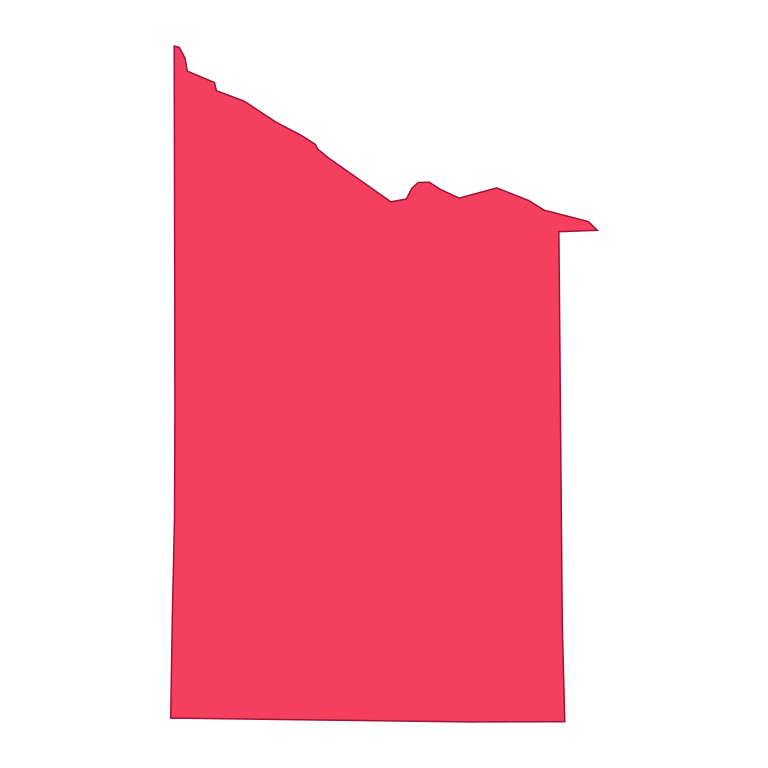 Cheboygan, Michigan, United States of America (Albers equal-area conic projection)
{"feature_id": "52423323B47673888365114", "entity_name": "Cheboygan", "entity_type": "district", "adm_level": 2, "iso_a3": "USA", "parent_name": "United States of America", "parent_adm1": "Michigan", "projection": "albers", "projection_center": [-84.497, 45.493], "detail": "fine", "context": "isolated", "style": "filled", "palette": "rose", "viewbox_px": 768, "rotation_deg": 0, "n_neighbors": 0, "source": "geoboundaries", "source_scale": "gbopen_adm2", "svg_char_len": 570}
<svg xmlns="http://www.w3.org/2000/svg" viewBox="0 0 768 768"><path d="M597.3,230.3L588.4,221.6L544.3,210.2L528.7,200.5L496.7,187.9L459.1,198.1L440.0,189.2L429.3,182.2L418.2,182.5L411.8,188.3L406.4,198.9L406.3,199.0L390.8,201.8L379.7,194.0L361.6,181.2L328.8,158.2L317.4,148.8L315.6,144.6L301.1,135.3L276.2,122.3L244.2,101.2L216.4,90.7L214.5,82.6L187.3,71.1L185.0,58.0L179.2,47.3L174.2,46.1L174.8,317.8L174.9,417.1L174.5,518.3L172.3,617.8L170.7,718.1L467.8,721.9L564.8,721.7L562.3,626.1L558.9,231.7L597.3,230.3Z" fill="#f43f5e" stroke="#9f1239" stroke-width="1.5"/></svg>